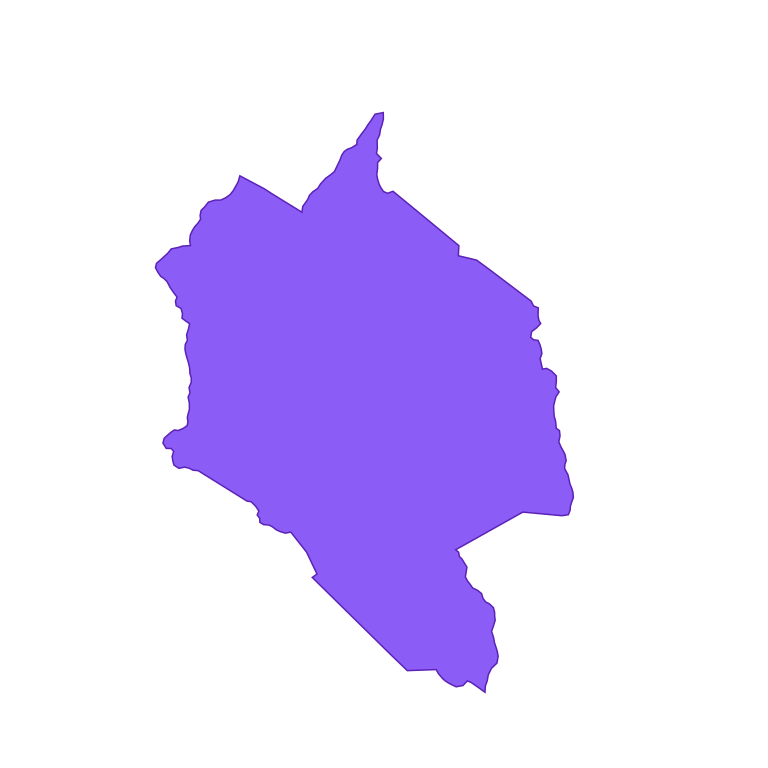 the district of Baixa Grande, Bahia, Brazil, rotated 214°
{"feature_id": "56859067B21478316481218", "entity_name": "Baixa Grande", "entity_type": "district", "adm_level": 2, "iso_a3": "BRA", "parent_name": "Brazil", "parent_adm1": "Bahia", "projection": "mercator", "projection_center": [-40.14, -11.982], "detail": "fine", "context": "isolated", "style": "filled", "palette": "violet", "viewbox_px": 768, "rotation_deg": 214, "n_neighbors": 0, "source": "geoboundaries", "source_scale": "gbopen_adm2", "svg_char_len": 3123}
<svg xmlns="http://www.w3.org/2000/svg" viewBox="0 0 768 768"><g transform="rotate(214 384 384)"><path d="M534.3,211.5L528.6,208.8L524.3,211.5L520.7,210.5L519.1,205.4L515.6,201.7L512.7,199.3L506.9,199.4L502.9,203.5L498.6,205.2L494.0,205.8L489.7,208.2L432.1,210.3L428.3,212.1L422.1,210.9L416.7,208.7L415.9,204.5L412.1,203.2L409.5,199.9L405.1,200.1L400.7,202.7L396.7,203.2L391.9,202.9L387.9,203.5L382.3,205.2L378.5,209.1L354.2,201.3L333.3,189.0L335.3,183.5L227.7,163.5L204.4,159.4L181.1,176.4L176.9,174.3L173.3,173.3L169.5,172.3L165.9,172.1L161.7,172.3L154.9,173.3L149.9,178.2L148.9,184.4L144.9,185.3L138.3,185.2L127.9,184.9L131.1,190.4L132.5,195.8L134.9,201.1L135.9,208.4L134.3,215.8L137.1,222.1L140.5,225.6L143.7,228.2L147.7,231.3L151.5,235.2L156.5,239.1L158.1,245.1L159.7,250.3L162.3,253.3L164.9,256.9L168.3,259.8L173.7,260.7L177.7,260.2L181.9,261.5L185.9,264.8L190.9,265.3L196.5,264.5L200.5,266.1L204.3,267.3L208.7,269.6L210.7,274.0L212.9,278.6L217.8,280.8L221.5,282.5L225.1,283.2L228.1,286.3L231.9,286.7L197.3,355.4L162.7,374.4L158.1,378.7L159.1,383.4L161.1,386.9L162.3,390.8L163.5,395.7L166.9,400.0L170.5,402.9L173.7,404.9L176.5,407.6L180.7,411.6L186.9,414.9L188.9,418.1L190.1,422.3L194.3,426.6L197.7,428.6L202.1,430.8L206.7,433.8L209.1,439.5L212.5,443.5L216.4,443.6L220.9,449.1L224.9,452.5L227.7,456.0L231.1,460.7L232.7,464.8L234.3,469.5L234.4,475.4L239.7,477.0L242.5,482.4L245.7,487.1L252.3,488.4L257.9,487.9L260.9,485.0L264.7,488.5L268.7,492.3L270.1,497.5L273.3,501.0L277.1,504.1L280.7,506.3L284.7,504.3L288.5,504.8L290.9,510.0L288.9,515.8L287.9,521.7L291.3,523.5L294.5,526.8L298.7,533.4L303.7,532.3L308.3,535.0L359.3,537.8L376.5,538.5L394.1,531.9L399.3,540.6L412.9,541.9L431.1,543.7L484.3,548.8L487.7,544.1L492.1,543.3L496.1,544.9L499.7,546.9L503.7,550.1L507.1,553.6L510.1,559.5L513.1,564.0L512.3,569.5L519.1,570.9L521.3,575.6L523.7,579.0L526.1,582.4L526.9,588.0L529.3,593.0L530.7,598.2L532.7,603.4L536.4,608.6L542.3,602.7L542.1,595.3L542.3,589.6L542.1,584.7L542.5,578.5L542.7,571.2L540.5,567.3L543.1,561.6L545.6,558.2L547.0,554.6L547.0,550.3L545.7,544.8L544.7,537.8L543.9,532.5L545.2,527.8L547.3,522.2L548.5,514.3L548.3,509.2L550.5,503.5L551.3,498.8L550.5,494.9L550.5,490.6L550.7,485.9L548.1,480.5L582.3,479.1L592.5,478.9L619.9,476.0L617.9,469.9L617.5,464.8L617.1,460.1L617.5,455.0L619.3,450.1L622.2,445.2L626.8,442.1L631.3,436.6L631.7,430.7L632.7,425.6L630.7,420.9L628.2,418.0L628.2,413.4L628.9,408.1L628.7,404.0L627.9,399.2L625.0,393.8L621.9,390.6L624.7,388.3L628.2,385.7L630.7,382.4L635.9,377.1L636.4,371.5L638.5,362.6L640.1,356.9L638.5,352.6L633.7,350.1L629.3,348.4L625.5,348.4L621.1,347.6L615.3,344.4L608.9,341.9L604.1,340.3L603.3,336.2L600.1,332.7L594.5,333.1L590.3,329.5L588.3,325.6L583.5,325.3L578.9,325.3L577.0,320.6L575.1,314.3L571.4,310.2L570.9,305.7L568.5,301.6L565.7,298.7L562.5,295.9L557.9,292.2L554.1,288.6L550.7,284.1L547.3,281.4L544.7,277.5L543.7,272.1L539.9,268.1L539.1,263.6L534.7,259.3L531.1,254.1L529.7,249.8L528.3,246.2L525.5,243.1L523.9,239.5L525.7,234.8L528.7,230.3L532.1,228.7L533.7,224.7L534.7,220.9L535.9,216.2L534.3,211.5Z" fill="#8b5cf6" stroke="#5b21b6" stroke-width="1.5"/></g></svg>